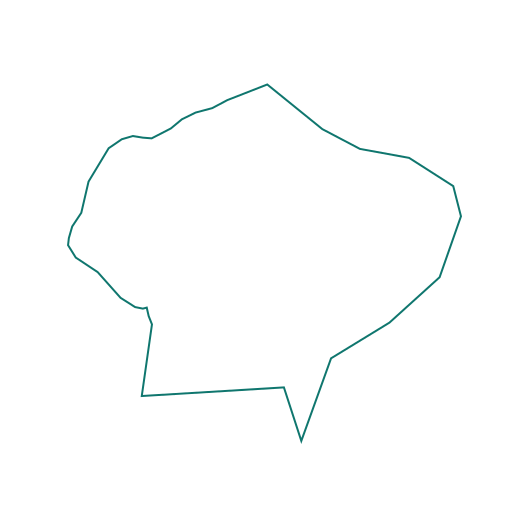 an SVG outline of Pesnica, rotated 287°
{"feature_id": "SVN-976", "entity_name": "Pesnica", "entity_type": "Municipality", "adm_level": 1, "iso_a3": "SVN", "parent_name": "Slovenia", "parent_adm1": "", "projection": "natural_earth1", "projection_center": [15.715, 46.623], "detail": "fine", "context": "isolated", "style": "outline", "palette": "teal", "viewbox_px": 512, "rotation_deg": 287, "n_neighbors": 0, "source": "natural_earth", "source_scale": "10m", "svg_char_len": 588}
<svg xmlns="http://www.w3.org/2000/svg" viewBox="0 0 512 512"><g transform="rotate(287 256 256)"><path d="M353.9,440.4L289.4,437.8L231.3,403.1L180.1,357.7L92.4,353.4L138.5,321.1L88.7,187.7L160.2,176.5L167.2,170.9L174.7,166.6L172.6,163.2L171.8,155.3L176.4,138.7L194.3,109.3L201.8,84.1L211.4,73.1L218.4,71.8L230.5,71.6L246.2,76.3L278.2,74.1L316.0,83.6L328.4,93.5L334.7,103.1L336.1,113.2L338.0,121.8L353.1,137.3L365.1,145.2L375.5,156.3L384.6,170.9L396.7,183.0L423.3,216.6L396.7,282.4L388.8,324.1L394.6,373.7L380.5,424.2L353.9,440.4Z" fill="none" stroke="#0f766e" stroke-width="2"/></g></svg>